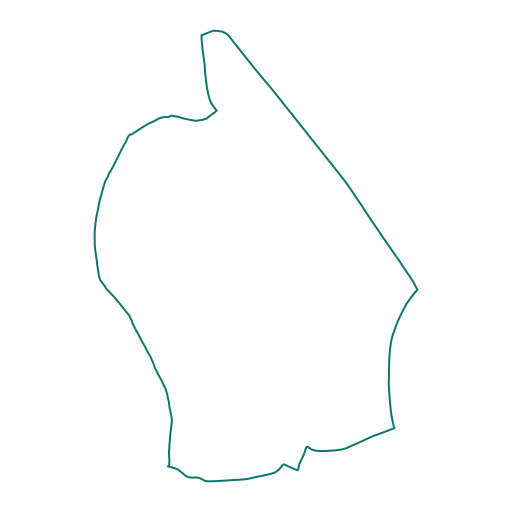 Bangkok Noi, Bangkok Metropolis, Thailand
{"feature_id": "78962969B69407198721734", "entity_name": "Bangkok Noi", "entity_type": "district", "adm_level": 2, "iso_a3": "THA", "parent_name": "Thailand", "parent_adm1": "Bangkok Metropolis", "projection": "natural_earth1", "projection_center": [100.469, 13.765], "detail": "fine", "context": "isolated", "style": "outline", "palette": "teal", "viewbox_px": 512, "rotation_deg": 0, "n_neighbors": 0, "source": "geoboundaries", "source_scale": "gbopen_adm2", "svg_char_len": 5409}
<svg xmlns="http://www.w3.org/2000/svg" viewBox="0 0 512 512"><path d="M201.6,35.3L201.6,38.8L201.7,40.5L202.4,47.9L203.5,56.0L204.6,64.4L205.0,71.4L206.0,80.2L206.7,85.9L207.8,91.9L208.5,95.1L209.3,98.0L210.1,100.5L211.2,103.1L212.1,104.5L216.6,110.6L215.1,112.0L214.2,112.8L213.8,113.0L213.5,113.1L209.4,116.2L207.9,117.5L207.2,118.3L206.1,118.7L205.1,118.9L203.8,119.4L203.5,119.6L203.1,119.7L202.0,119.9L200.9,120.1L200.2,120.2L195.7,120.8L193.2,120.4L190.5,119.9L184.1,118.6L182.6,118.2L179.6,117.3L179.0,117.1L178.1,116.8L172.0,115.8L171.1,115.8L170.3,115.9L168.9,116.8L166.8,117.2L165.7,116.8L163.1,117.3L159.7,118.1L153.8,121.3L148.4,123.7L146.1,125.2L145.6,125.5L144.8,125.9L143.4,126.7L142.9,127.0L142.4,127.3L138.0,130.2L131.7,134.4L130.4,134.4L129.8,134.8L128.6,136.0L127.8,137.3L127.6,137.8L125.8,142.0L125.6,142.4L124.2,144.6L123.9,145.0L123.7,145.4L123.4,145.9L121.9,149.0L119.2,154.3L117.3,158.2L116.3,160.2L115.8,161.2L115.0,162.7L112.3,168.1L111.5,169.4L110.6,171.2L109.5,172.7L109.1,173.4L108.5,174.6L107.5,177.5L107.1,178.3L106.9,178.5L106.1,179.6L105.9,180.1L105.7,180.4L105.4,180.9L104.7,183.0L104.6,183.4L104.5,183.7L103.7,186.2L100.5,197.6L100.4,198.0L100.3,198.8L100.0,199.1L99.8,199.7L98.0,209.5L97.3,212.4L96.4,216.7L96.2,218.5L96.0,219.2L95.9,220.4L95.2,225.6L94.9,228.8L94.7,232.1L94.6,234.7L94.7,235.0L94.6,238.6L94.7,241.6L94.8,245.1L94.8,245.8L95.4,251.2L95.4,251.3L96.7,260.0L97.0,262.2L97.0,263.4L97.5,266.6L97.9,269.3L98.4,272.4L98.7,274.5L99.0,276.1L99.9,279.1L100.3,280.1L100.7,280.6L101.3,281.5L102.2,282.6L105.4,287.0L106.5,288.8L106.8,289.2L107.6,290.2L109.1,291.7L110.9,293.6L112.5,295.2L114.0,296.8L114.4,297.3L115.0,298.0L117.9,301.5L118.3,301.9L121.9,306.3L122.9,307.6L123.3,308.2L126.3,311.9L129.2,315.4L129.4,315.4L130.8,319.0L131.5,320.0L131.8,320.5L131.7,320.8L132.4,322.9L135.0,328.2L135.6,329.5L137.4,332.7L139.7,337.1L139.8,337.4L140.0,337.6L141.1,340.0L142.1,341.7L145.3,347.2L145.8,348.1L145.9,348.4L146.8,350.4L147.6,351.9L148.3,353.0L148.5,353.5L150.0,355.8L150.4,356.5L151.5,359.2L152.2,360.6L152.5,361.2L154.3,365.8L154.4,366.3L154.6,367.2L156.3,370.5L156.5,370.8L157.9,374.0L158.4,374.9L160.6,378.8L160.9,379.3L161.0,379.4L162.2,381.9L164.0,385.7L164.4,386.6L165.0,387.6L166.0,390.3L167.1,394.0L167.3,394.4L167.4,395.2L167.5,396.1L168.5,400.5L169.0,402.8L169.5,406.9L169.5,407.7L170.4,411.4L170.4,411.6L170.6,412.5L170.7,413.2L170.8,413.8L170.9,414.1L171.3,415.6L171.4,416.0L171.7,418.9L171.8,421.4L171.8,421.9L171.4,425.2L171.2,427.1L171.2,427.4L170.5,432.4L170.4,433.4L169.3,446.5L169.4,447.3L169.0,451.6L169.3,459.0L169.4,459.5L169.4,461.9L169.3,462.0L169.2,464.4L168.1,466.4L173.0,467.7L174.7,468.2L176.1,468.7L177.6,469.4L179.6,470.8L182.3,473.0L184.2,474.7L185.1,475.4L185.7,475.8L186.6,476.3L187.0,476.5L187.6,476.8L188.8,477.2L189.7,477.4L190.5,477.5L192.0,477.6L195.3,477.5L196.7,477.6L197.9,477.6L198.8,477.8L199.8,478.1L204.6,480.6L205.2,480.9L205.6,481.0L206.0,481.1L206.4,481.2L208.1,481.3L209.1,481.3L215.0,481.2L222.8,480.7L238.2,479.8L240.5,479.6L242.4,479.5L244.8,479.3L248.1,478.8L251.0,478.2L254.6,477.3L267.7,474.6L273.0,473.2L273.9,473.0L274.8,472.5L275.0,472.4L276.3,471.6L277.9,470.4L278.7,469.7L280.1,468.1L282.6,464.9L283.0,464.6L283.5,464.5L283.8,464.4L284.4,464.5L284.8,464.7L287.5,466.0L295.0,469.3L297.1,470.1L297.5,470.1L297.9,470.0L298.1,469.8L298.9,465.8L299.4,464.0L304.1,453.9L304.4,453.1L306.1,447.7L306.5,447.2L306.8,447.0L307.1,446.9L307.5,446.9L307.8,447.0L311.7,449.5L311.8,449.5L313.1,450.0L314.8,450.4L316.4,450.8L318.5,451.0L320.1,451.0L324.3,451.0L324.9,451.0L329.2,450.8L333.8,450.5L336.3,450.2L340.2,449.7L342.4,449.3L344.0,448.8L345.7,448.4L346.9,447.9L348.2,447.3L349.6,446.7L359.2,442.4L363.1,440.7L367.0,438.8L367.9,438.4L374.9,435.4L384.6,431.9L394.3,428.2L394.1,427.6L393.1,423.5L391.6,416.4L390.6,408.6L389.9,401.0L389.2,391.7L388.7,382.9L389.0,375.4L389.1,367.0L389.2,360.3L389.4,357.0L389.8,351.9L390.1,348.7L390.6,345.0L391.2,341.1L392.7,335.2L395.2,328.0L398.8,319.0L402.5,311.3L402.6,311.2L406.4,304.0L411.1,297.3L416.3,290.9L417.4,289.8L412.9,281.2L411.1,278.6L409.4,275.9L406.4,271.6L404.3,268.4L402.9,266.5L400.9,263.4L398.8,260.1L397.3,258.0L386.1,241.9L384.4,239.4L383.2,237.7L382.6,236.8L380.5,233.7L379.8,232.7L377.8,229.8L374.9,225.5L372.8,222.4L370.1,218.4L368.0,215.1L366.4,212.9L364.4,209.7L363.5,208.5L362.6,206.9L361.9,205.8L361.6,205.4L361.0,204.5L359.7,202.7L358.2,200.5L356.8,198.4L354.1,194.3L352.2,191.4L350.6,189.1L349.3,187.3L348.1,185.5L346.6,183.5L345.2,181.6L344.0,179.9L339.2,173.9L338.8,173.3L336.9,170.9L335.4,169.0L333.2,166.3L331.5,164.0L329.0,161.0L326.5,157.8L324.7,155.5L323.1,153.5L320.9,150.7L319.6,149.1L318.0,147.1L316.4,145.1L314.2,142.3L312.5,140.2L309.5,136.4L306.9,133.1L304.8,130.4L301.2,126.0L299.3,123.6L298.2,122.2L295.7,119.0L294.1,117.0L292.6,115.1L290.6,112.6L288.7,110.2L287.0,108.1L285.1,105.7L283.7,104.0L281.9,101.7L280.1,99.4L278.9,97.9L276.0,94.3L273.8,91.5L272.6,90.0L271.8,89.0L271.1,88.1L259.1,74.0L258.6,73.3L255.5,69.6L253.6,67.2L251.9,65.0L250.0,62.6L247.7,59.8L245.9,57.5L244.2,55.3L242.6,53.5L240.6,50.8L239.1,48.9L237.0,46.4L235.4,44.3L234.1,42.7L233.5,42.0L229.4,36.6L228.9,35.9L228.5,35.5L228.0,35.0L227.7,34.8L227.1,34.3L226.1,33.6L225.4,33.2L222.4,31.7L218.6,31.1L217.1,30.8L215.1,30.8L214.6,30.7L214.1,30.7L213.3,30.8L212.6,31.0L211.5,31.4L210.1,31.9L205.4,33.8L201.6,35.3Z" fill="none" stroke="#0f766e" stroke-width="2"/></svg>